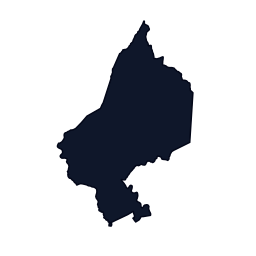 Saba, Colón, Honduras, rotated 243°
{"feature_id": "27666195B48928402740143", "entity_name": "Saba", "entity_type": "district", "adm_level": 2, "iso_a3": "HND", "parent_name": "Honduras", "parent_adm1": "Colón", "projection": "mercator", "projection_center": [-86.187, 15.48], "detail": "fine", "context": "isolated", "style": "filled", "palette": "ink", "viewbox_px": 256, "rotation_deg": 243, "n_neighbors": 0, "source": "geoboundaries", "source_scale": "gbopen_adm2", "svg_char_len": 5684}
<svg xmlns="http://www.w3.org/2000/svg" viewBox="0 0 256 256"><g transform="rotate(243 128 128)"><path d="M145.9,59.2L144.7,57.6L143.9,56.9L143.2,56.7L142.7,56.8L141.8,57.2L139.1,59.2L137.9,59.3L136.9,59.1L135.9,58.6L135.4,58.3L135.0,57.5L134.5,55.9L134.2,55.4L134.0,55.1L133.7,54.8L132.9,54.7L132.5,54.7L131.5,55.2L131.2,55.4L130.6,56.5L130.1,57.8L129.6,58.4L129.1,59.0L128.3,59.5L127.5,59.5L127.1,59.3L126.6,58.9L126.2,58.2L125.6,58.0L124.8,57.9L123.2,58.4L121.4,58.3L120.9,58.2L119.7,57.4L118.8,56.6L117.8,55.9L117.4,55.4L116.9,54.9L116.6,54.3L115.8,54.5L115.3,54.0L114.9,54.0L114.4,53.8L113.6,54.0L113.6,53.8L113.8,53.5L113.7,53.2L113.2,53.1L112.5,52.8L111.8,52.7L110.9,52.8L110.1,53.0L109.8,53.2L109.2,54.0L108.8,54.2L108.1,54.5L107.3,54.6L105.6,55.5L104.0,55.6L103.2,55.9L102.4,56.5L100.9,56.4L100.5,56.5L100.4,56.7L100.3,58.7L100.0,60.4L99.8,60.8L98.6,62.5L96.1,65.4L94.9,66.2L94.2,66.9L93.4,68.2L91.9,69.2L90.9,70.7L89.5,71.7L88.2,72.2L87.7,72.2L87.0,72.1L85.2,71.3L84.1,70.5L83.0,69.4L81.9,68.5L81.5,68.2L79.9,67.9L77.3,68.3L76.5,68.4L75.9,68.0L75.6,67.9L75.1,67.6L73.8,66.3L73.0,66.2L72.2,66.0L71.5,65.9L70.8,65.6L70.0,65.9L69.3,65.9L68.3,64.9L68.0,64.8L67.5,64.8L66.9,65.1L66.6,65.4L66.4,66.0L66.2,66.2L65.8,66.2L65.6,66.0L65.4,66.0L64.7,66.8L64.7,67.4L64.4,67.6L64.1,67.6L62.4,67.2L62.2,66.9L61.8,66.8L61.5,66.8L61.1,66.7L60.5,66.9L60.2,66.9L59.9,66.6L59.5,66.0L59.0,65.8L57.2,66.8L56.5,66.7L55.8,66.9L55.6,67.2L55.2,68.2L53.7,67.8L53.1,67.9L52.9,68.0L52.8,68.6L52.2,68.6L52.0,68.8L52.0,69.1L51.9,69.2L51.7,69.1L51.5,68.9L51.4,68.5L51.4,68.1L51.2,67.7L50.6,67.4L50.1,66.9L49.3,66.8L49.2,67.2L49.4,67.4L49.4,67.6L49.2,67.7L48.7,67.8L48.5,68.0L48.3,68.5L48.5,68.8L48.9,69.3L49.9,69.9L50.3,70.0L51.4,70.0L51.4,74.5L51.0,88.3L51.4,94.6L51.1,94.8L50.8,94.7L49.2,94.2L47.6,94.2L45.8,93.3L45.2,92.9L45.5,92.1L45.5,91.9L45.4,91.6L45.1,91.4L44.5,91.7L42.6,91.8L40.8,92.3L41.1,96.1L41.7,97.3L43.1,99.5L42.2,101.3L40.0,108.3L40.1,108.5L40.7,108.9L41.4,109.2L42.3,109.3L43.9,109.3L46.2,109.6L47.4,110.1L48.4,110.9L49.1,111.0L49.9,110.9L50.4,110.7L51.1,109.9L51.6,108.2L51.7,107.7L51.5,106.9L50.6,105.6L50.3,104.9L50.3,104.6L50.5,104.4L50.8,104.1L51.2,103.9L51.8,103.8L54.4,104.8L55.2,104.8L55.8,104.6L56.4,104.3L57.4,103.5L58.1,103.0L58.6,102.8L58.9,102.7L60.3,103.2L60.7,103.6L61.0,104.1L61.7,104.7L63.1,105.9L64.8,106.6L65.7,106.8L66.3,106.8L66.6,106.6L66.8,106.3L66.9,104.9L67.2,103.9L68.0,102.8L68.7,102.4L69.3,102.2L69.7,102.1L70.5,102.3L71.1,102.8L72.3,104.0L73.2,104.7L74.1,105.2L74.7,105.3L75.3,104.9L75.7,104.3L75.7,104.0L75.6,103.3L74.5,101.5L74.3,100.9L74.2,100.4L74.4,100.1L75.5,99.6L75.8,99.5L78.2,99.6L79.0,99.4L80.4,99.3L84.2,98.4L84.6,98.4L85.0,98.6L85.1,98.8L85.0,99.0L83.7,100.7L83.4,101.3L83.2,101.7L83.2,102.1L83.4,102.5L83.8,102.8L84.2,103.2L84.5,104.4L84.8,105.1L85.7,106.2L86.6,108.3L87.6,109.7L87.9,110.9L88.2,111.4L88.6,112.8L89.0,113.4L89.5,115.0L90.4,116.1L90.4,116.8L90.9,117.7L90.4,119.6L89.7,120.3L89.6,120.5L89.6,121.5L89.8,122.8L89.7,123.3L89.4,123.7L88.6,124.3L88.4,124.6L87.7,125.5L87.5,126.0L87.5,126.9L88.4,128.0L88.8,128.7L89.5,129.6L89.6,130.0L89.6,130.5L88.6,132.3L88.2,132.6L87.5,132.8L87.1,133.6L86.2,134.1L86.0,134.8L86.2,136.0L86.7,137.0L86.9,137.2L87.8,138.0L88.0,138.3L87.9,139.4L87.9,139.7L88.2,140.0L88.6,140.4L89.4,141.1L89.5,141.4L89.5,141.6L89.1,142.3L88.6,143.0L87.3,144.1L86.9,144.2L86.5,144.3L85.3,144.1L84.9,144.2L84.2,144.9L82.6,147.4L81.8,148.2L81.2,148.6L81.1,148.8L81.8,150.4L82.9,150.9L83.5,151.4L84.3,152.7L85.1,153.3L85.7,153.9L87.3,156.5L87.2,157.4L87.4,157.8L87.2,176.5L129.9,201.8L131.0,201.5L132.5,200.9L133.5,200.7L134.0,200.9L134.5,201.2L135.1,201.4L136.3,201.7L137.7,202.6L138.9,203.1L139.9,203.3L140.4,203.1L140.9,202.4L141.3,202.1L142.6,201.9L143.6,201.4L144.6,200.4L145.7,198.6L146.1,198.2L147.7,198.5L149.5,198.7L149.9,198.9L151.1,199.8L152.3,200.0L152.9,199.6L153.8,199.1L155.1,198.6L155.5,198.3L155.9,197.6L156.2,197.4L157.5,197.1L158.4,196.6L160.1,196.3L160.5,196.1L161.8,194.6L162.9,192.5L163.8,191.3L164.0,190.9L166.0,190.0L167.7,188.5L168.4,187.6L168.7,187.5L169.3,187.6L170.1,188.4L170.9,188.7L172.1,189.5L173.5,190.5L175.0,191.4L175.3,191.5L175.6,191.3L175.8,190.1L175.9,187.8L176.2,186.6L176.4,185.2L176.6,184.8L177.5,183.8L177.8,182.9L178.0,182.7L178.3,182.6L178.7,182.7L179.2,183.2L179.5,183.3L182.6,184.2L184.5,184.3L186.4,184.8L187.9,184.8L189.5,185.5L190.7,186.0L191.1,185.9L191.3,185.6L191.6,185.1L191.8,183.9L192.0,183.7L192.3,183.5L192.6,183.6L193.0,183.8L193.4,184.0L194.4,184.2L195.3,184.2L196.8,184.0L197.2,184.0L199.4,184.6L200.6,184.9L201.6,185.3L203.2,186.8L204.6,187.8L205.1,188.6L205.7,191.1L206.1,191.6L206.5,191.9L208.1,192.0L209.3,192.2L209.6,192.2L210.6,191.7L212.3,190.4L212.7,190.2L213.4,190.0L214.0,190.1L215.4,190.9L215.7,191.0L215.9,190.9L216.0,190.8L215.6,190.1L214.0,188.4L210.7,183.4L210.4,183.1L209.5,182.4L209.2,180.5L208.2,179.7L208.0,179.4L207.8,178.8L207.5,177.2L207.2,176.5L206.9,176.1L205.7,174.9L203.9,172.5L203.3,172.0L202.7,171.5L202.4,170.8L202.2,169.8L202.0,169.2L201.9,168.7L201.6,168.4L201.0,168.0L200.8,167.7L200.6,166.5L199.7,165.3L199.1,163.9L198.9,162.8L199.0,161.5L199.4,160.8L199.5,160.2L199.9,159.0L199.1,158.1L198.7,157.0L198.1,156.1L198.0,155.1L198.0,154.3L188.3,142.5L187.6,141.1L186.1,140.2L184.9,139.7L184.1,139.2L183.2,138.1L182.2,137.4L182.0,136.6L181.9,136.3L179.7,135.3L161.7,117.4L160.2,115.1L157.9,112.4L157.2,96.9L153.9,88.9L151.3,81.2L151.3,78.4L151.7,77.1L152.1,76.3L152.2,76.0L151.9,74.3L152.1,73.2L152.1,72.7L151.9,71.7L152.0,70.6L152.1,70.2L152.1,69.6L151.7,68.7L151.1,68.2L150.5,67.8L148.7,67.2L148.1,66.8L147.6,66.3L146.3,64.2L145.7,63.0L145.5,61.5L145.5,60.0L145.9,59.2Z" fill="#0f172a" stroke="#020617" stroke-width="1.5"/></g></svg>